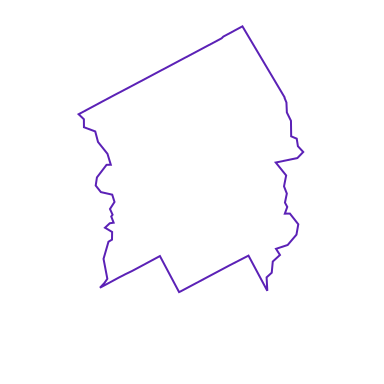 Hinds, Mississippi, United States of America, rotated 152°
{"feature_id": "52423323B53043457363296", "entity_name": "Hinds", "entity_type": "district", "adm_level": 2, "iso_a3": "USA", "parent_name": "United States of America", "parent_adm1": "Mississippi", "projection": "natural_earth1", "projection_center": [-90.379, 32.311], "detail": "fine", "context": "isolated", "style": "outline", "palette": "violet", "viewbox_px": 384, "rotation_deg": 152, "n_neighbors": 0, "source": "geoboundaries", "source_scale": "gbopen_adm2", "svg_char_len": 1047}
<svg xmlns="http://www.w3.org/2000/svg" viewBox="0 0 384 384"><g transform="rotate(152 192 192)"><path d="M171.9,69.4L166.2,81.6L159.5,83.3L153.3,92.7L143.9,95.1L144.5,102.4L132.4,100.3L119.8,105.3L113.3,113.6L115.7,127.0L120.2,129.3L114.9,134.1L114.9,139.0L109.0,146.1L108.1,153.8L101.1,162.4L104.2,178.7L83.0,172.5L75.0,175.1L77.0,182.7L74.5,189.9L78.3,194.6L71.2,208.4L70.9,217.7L66.6,226.7L66.1,231.7L65.8,232.1L69.7,314.6L91.4,314.5L93.7,313.8L197.7,313.9L214.3,314.0L216.1,314.0L228.7,314.0L255.6,313.9L253.3,307.0L257.0,299.9L249.0,290.9L251.5,280.3L248.7,265.4L250.9,254.2L254.7,256.1L269.1,249.5L274.0,242.9L272.5,234.7L263.7,227.1L265.1,219.6L272.4,215.5L272.8,209.2L274.8,208.3L275.6,201.7L279.3,203.0L285.6,201.3L283.8,198.4L281.3,194.2L285.0,187.5L289.1,187.3L301.5,174.5L307.5,155.1L312.2,152.7L318.2,150.7L310.5,150.7L296.2,150.8L292.0,150.7L289.6,150.7L282.2,150.4L276.0,150.4L250.4,150.5L250.4,109.7L248.8,109.6L236.7,109.6L208.4,109.6L193.1,109.6L172.0,109.3L171.9,69.4Z" fill="none" stroke="#5b21b6" stroke-width="2"/></g></svg>